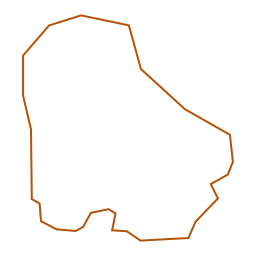 SVG path tracing the border of Rotherham
{"feature_id": "GBR-5686", "entity_name": "Rotherham", "entity_type": "Metropolitan Borough", "adm_level": 1, "iso_a3": "GBR", "parent_name": "United Kingdom", "parent_adm1": "", "projection": "orthographic", "projection_center": [-1.276, 53.384], "detail": "fine", "context": "isolated", "style": "outline", "palette": "amber", "viewbox_px": 256, "rotation_deg": 0, "n_neighbors": 0, "source": "natural_earth", "source_scale": "10m", "svg_char_len": 444}
<svg xmlns="http://www.w3.org/2000/svg" viewBox="0 0 256 256"><path d="M75.7,231.0L56.5,229.3L41.0,221.2L39.6,203.5L31.8,199.1L31.0,129.3L23.1,95.7L23.1,55.5L49.1,25.4L81.1,15.4L128.9,25.4L140.9,69.0L184.9,109.2L229.9,134.8L232.9,161.9L227.8,174.6L210.8,184.0L217.9,198.4L195.5,221.8L188.4,238.0L140.5,240.6L126.9,231.3L112.1,230.3L115.5,213.5L108.7,209.2L90.9,212.8L83.1,226.9L75.7,231.0Z" fill="none" stroke="#b45309" stroke-width="2"/></svg>